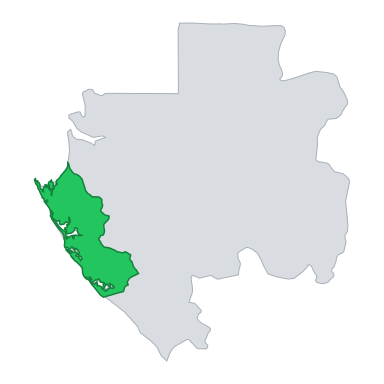 Gabon, with Ogooué-Maritime highlighted
{"feature_id": "GAB-2624", "entity_name": "Ogooué-Maritime", "entity_type": "Province", "adm_level": 1, "iso_a3": "GAB", "parent_name": "Gabon", "parent_adm1": "", "projection": "albers", "projection_center": [9.53, -1.509], "detail": "fine", "context": "in_parent", "style": "filled", "palette": "green", "viewbox_px": 384, "rotation_deg": 0, "n_neighbors": 0, "source": "natural_earth", "source_scale": "10m", "svg_char_len": 8911}
<svg xmlns="http://www.w3.org/2000/svg" viewBox="0 0 384 384"><path d="M285.3,30.9L285.1,34.7L280.7,44.0L278.7,51.1L278.1,58.7L279.3,64.9L281.4,69.2L282.7,74.0L281.6,77.3L279.6,78.7L281.0,80.4L284.1,80.8L289.5,79.4L297.7,76.9L308.5,73.2L315.6,71.3L327.4,72.6L333.6,74.0L336.8,76.6L340.2,87.6L341.9,89.2L344.7,93.9L347.1,99.5L347.6,102.3L347.3,104.4L344.9,107.4L342.2,111.8L341.2,114.5L339.0,116.5L336.1,118.5L328.3,119.2L327.1,120.4L324.9,125.1L320.8,129.1L318.9,132.9L317.2,138.0L317.5,144.2L316.6,153.3L315.8,159.4L317.8,161.5L327.2,163.1L329.0,164.3L331.4,168.1L334.6,171.6L343.2,173.9L346.5,176.6L349.1,179.6L349.5,182.1L347.5,191.9L345.6,201.3L346.3,208.5L347.0,215.3L347.9,225.3L347.5,231.4L345.0,235.1L345.0,238.0L346.1,241.5L343.9,251.2L342.5,252.9L338.7,254.6L336.7,257.2L336.0,261.3L334.0,266.9L331.8,269.0L331.8,271.6L333.8,273.5L333.8,276.4L330.0,279.9L327.7,282.5L322.6,283.8L316.8,282.4L315.4,280.5L316.8,277.5L316.3,275.1L314.3,272.5L311.3,266.0L308.5,264.6L307.0,267.3L302.2,272.2L293.9,278.5L288.0,279.0L277.2,277.0L268.2,274.0L263.9,266.5L261.3,260.3L257.4,253.2L253.1,249.8L248.5,247.6L246.4,247.4L239.8,251.4L237.8,253.0L237.8,256.3L238.4,259.4L239.4,260.9L240.3,262.9L240.1,266.1L238.9,270.2L238.5,274.8L217.7,279.2L214.1,277.6L211.5,275.5L208.4,275.9L199.4,278.2L196.1,276.6L192.8,275.4L191.3,276.4L191.1,278.3L192.6,289.1L192.2,293.2L190.1,298.6L189.1,302.3L194.6,303.3L196.5,305.0L198.5,307.7L201.1,310.2L201.3,311.8L198.3,314.6L197.2,318.1L198.7,320.8L202.4,323.6L207.9,326.6L210.5,328.5L210.3,330.3L207.7,334.0L206.7,337.2L205.0,340.1L205.4,342.7L207.8,345.2L207.5,347.4L205.9,349.1L202.5,348.7L199.6,348.9L197.0,348.3L188.9,339.7L187.2,339.4L175.4,346.0L172.5,348.7L170.1,352.6L166.8,361.0L161.5,356.1L156.9,347.1L151.6,341.6L140.3,332.7L137.3,326.2L124.4,311.8L105.8,297.4L92.4,284.9L90.4,282.1L92.7,282.4L105.6,288.7L107.4,288.0L108.9,286.6L103.3,283.3L97.9,280.7L92.9,279.1L87.9,279.3L85.1,276.6L83.3,272.6L82.3,269.2L80.1,265.6L73.0,258.1L71.3,255.3L67.4,251.4L69.8,250.9L77.4,254.6L78.1,253.1L77.4,250.9L69.7,247.4L65.6,247.1L64.6,244.6L65.2,241.8L59.7,231.0L54.0,222.9L53.1,219.1L68.5,236.6L70.5,236.9L73.2,236.8L79.6,234.8L78.4,232.4L75.5,229.9L72.7,231.1L69.1,231.3L67.2,230.3L66.4,228.5L70.0,219.9L68.4,220.4L67.3,221.9L65.3,222.6L62.2,223.0L54.6,218.5L47.9,206.1L46.2,203.6L44.4,199.3L42.6,197.6L34.9,180.0L37.9,181.3L41.4,186.4L48.2,185.3L50.8,182.4L53.2,182.5L55.5,181.8L58.5,179.1L67.2,167.0L69.6,151.1L68.8,141.6L67.5,132.2L70.4,129.2L71.6,131.2L72.1,134.5L73.5,137.0L76.6,139.2L82.4,139.8L91.3,143.3L94.5,145.5L95.4,141.1L105.6,137.3L102.5,135.9L93.4,137.4L80.9,131.8L76.7,128.2L72.8,121.4L68.8,117.9L69.1,114.7L78.1,111.8L80.4,112.1L81.4,115.6L83.8,117.0L84.7,116.6L85.1,113.6L85.2,105.5L82.4,94.0L83.3,91.8L85.7,91.0L87.9,89.5L89.5,89.2L92.5,89.5L94.1,92.2L94.9,93.6L98.0,94.3L100.5,95.7L102.7,95.4L104.5,93.7L107.1,93.4L115.3,93.4L122.8,93.4L137.6,93.5L152.4,93.5L167.2,93.6L178.4,93.7L178.4,87.1L178.3,77.0L178.3,65.0L178.2,53.5L178.2,42.9L178.1,30.3L178.7,26.7L179.5,25.2L179.2,23.2L190.7,23.0L211.5,24.0L220.6,23.9L223.1,24.1L234.5,23.5L243.7,24.3L247.6,25.2L251.1,25.6L262.1,26.2L276.5,25.6L281.4,25.7L284.1,27.5L285.3,30.9Z" fill="#d9dde1" stroke="#a8b0b8" stroke-width="1"/><path d="M103.4,297.2L100.2,294.8L90.6,282.8L89.4,280.7L90.4,281.5L91.9,283.1L93.1,283.8L94.4,283.9L95.1,283.4L96.8,281.5L96.3,283.5L96.4,284.1L96.9,283.9L97.2,283.4L97.4,285.4L97.8,286.0L98.7,285.6L101.0,286.6L101.8,287.8L102.0,289.0L102.4,289.0L102.7,288.2L103.5,288.6L103.6,288.3L103.9,288.2L104.1,290.2L104.3,290.8L105.1,290.2L106.1,290.1L105.9,290.9L106.1,291.1L107.2,290.4L107.6,290.0L108.4,288.6L109.2,288.3L110.4,288.1L112.1,288.2L113.5,288.1L114.0,287.8L114.3,287.1L112.9,286.4L113.0,285.3L110.6,284.3L109.9,283.4L109.5,283.4L110.6,287.1L109.8,287.0L109.2,286.2L108.5,285.8L107.9,284.7L106.0,284.1L105.8,284.3L105.8,285.2L105.1,286.1L104.6,287.1L103.2,286.4L103.4,285.8L103.1,284.7L103.2,284.1L103.7,283.9L104.9,283.8L105.0,283.4L104.4,282.9L103.0,282.4L101.5,282.1L100.6,282.2L99.2,279.3L98.7,278.9L98.4,278.9L98.3,279.5L97.2,280.0L95.8,279.7L94.5,280.7L93.3,281.9L92.0,282.2L91.0,281.4L90.6,280.8L90.5,280.2L91.8,279.1L91.3,278.8L90.5,278.5L90.5,277.3L90.2,277.0L89.7,277.0L89.1,277.2L89.0,277.6L89.7,278.8L89.9,279.7L89.4,280.3L88.5,280.0L86.3,277.3L85.3,276.6L87.5,279.6L86.3,278.8L84.8,277.4L83.6,275.8L82.6,272.9L82.3,267.9L81.9,267.1L76.5,261.8L75.0,261.0L73.4,259.0L72.6,258.4L73.0,257.6L71.8,257.3L71.1,256.4L70.4,254.3L68.1,252.1L67.8,251.5L67.0,251.0L66.5,250.2L65.9,249.9L66.0,249.4L66.4,249.1L66.6,249.3L67.1,250.3L68.0,251.0L69.3,251.4L70.4,251.3L70.0,251.7L70.7,252.0L71.1,251.7L71.5,250.6L71.8,250.6L72.2,251.7L71.7,252.0L71.5,252.6L71.7,252.9L72.3,252.3L72.2,252.1L75.0,252.1L76.5,252.4L77.3,253.3L77.2,254.4L76.0,255.4L77.0,256.4L78.8,256.7L79.0,258.4L80.1,259.1L80.7,260.5L81.0,259.8L81.9,259.3L81.8,258.4L81.4,257.3L81.0,256.5L80.4,256.5L79.9,255.8L78.5,254.9L78.2,254.3L78.9,253.4L79.4,253.0L79.3,252.6L77.5,249.6L76.5,248.6L76.0,249.1L74.8,248.3L74.6,249.4L74.8,250.6L73.8,249.7L72.4,247.2L71.5,246.8L71.1,247.2L70.6,248.7L70.0,248.9L69.7,249.3L69.6,250.6L68.8,249.9L67.8,249.8L68.4,248.7L68.3,248.1L67.0,247.2L65.8,248.0L65.0,247.7L64.6,246.6L64.4,245.0L64.7,242.9L64.7,240.7L64.0,238.3L64.0,236.0L63.1,233.8L61.9,232.1L58.8,229.0L52.0,219.4L50.5,215.9L50.2,214.8L50.9,216.3L51.5,217.9L52.2,218.8L53.2,220.0L54.1,219.9L54.9,220.3L55.6,220.9L56.2,222.7L57.4,224.0L57.7,225.0L59.8,227.7L63.5,230.6L65.5,231.4L66.0,238.1L66.4,239.0L67.0,238.7L67.2,238.1L66.7,237.4L66.8,237.0L67.3,236.8L67.7,237.0L68.1,237.9L68.9,237.0L70.2,236.2L71.7,235.8L73.0,235.7L72.7,236.5L72.6,237.4L72.9,238.2L73.7,238.7L74.1,236.8L74.1,235.9L73.7,235.3L75.4,235.1L79.9,235.7L81.6,235.3L79.3,234.4L78.5,233.8L77.8,232.7L77.3,230.7L77.2,229.5L77.5,228.6L76.0,227.8L75.0,227.8L74.6,228.0L74.8,229.1L74.8,229.7L73.0,232.0L71.7,232.9L70.3,233.3L67.4,233.7L67.0,233.4L66.7,233.0L66.6,232.2L66.3,231.4L66.3,229.9L66.0,229.6L64.7,229.3L64.6,228.5L65.1,227.9L65.9,227.6L66.8,227.5L67.3,227.1L67.4,226.4L67.2,225.6L66.6,225.2L66.6,224.9L68.9,224.5L69.3,223.9L69.5,222.9L70.4,221.3L70.2,220.4L69.2,218.5L69.6,217.9L69.4,217.7L68.9,217.4L68.8,218.5L69.2,221.3L69.1,221.9L68.7,222.4L68.1,222.8L67.6,223.0L67.1,222.8L66.6,222.1L66.3,221.9L65.4,222.2L64.4,223.7L63.8,224.1L61.2,224.6L60.3,224.5L59.7,223.7L59.5,222.6L59.8,221.1L59.1,220.3L58.0,220.9L57.6,221.2L56.9,221.1L54.2,219.2L52.8,218.5L52.3,217.6L52.1,216.5L52.5,215.5L52.1,214.8L53.2,214.0L52.9,212.8L52.0,211.5L51.0,210.7L51.6,212.3L51.1,214.3L50.8,214.2L50.2,210.3L49.3,207.9L43.9,201.0L45.3,202.3L46.1,202.7L46.9,202.5L46.1,202.1L46.9,200.8L47.6,200.3L47.0,200.0L45.4,201.1L44.4,200.8L43.3,197.7L42.8,198.0L42.4,198.0L41.6,195.4L40.8,194.0L39.4,190.8L38.2,188.8L37.5,185.9L35.8,183.8L34.5,179.8L35.3,178.6L35.7,179.0L35.2,180.1L35.8,180.6L37.5,180.9L37.2,181.7L37.5,182.4L38.7,182.3L39.5,183.6L40.0,185.5L40.2,187.8L40.5,188.6L41.1,189.2L41.8,189.5L42.3,189.8L42.6,191.4L43.5,191.7L43.0,190.7L43.1,189.8L43.8,187.0L44.5,186.9L46.5,187.2L46.5,186.8L45.4,186.2L45.0,185.6L45.0,184.9L45.4,184.6L45.9,184.6L47.2,185.3L47.8,186.0L48.2,186.9L48.8,188.9L50.7,190.7L51.4,191.7L51.4,192.8L51.0,194.7L51.4,195.4L51.7,195.4L52.0,194.4L52.1,191.1L52.4,190.1L53.7,188.7L54.0,187.8L53.9,186.5L54.7,185.9L55.8,185.4L56.0,184.8L56.0,183.8L56.6,183.5L57.3,184.9L57.2,183.7L56.1,181.9L56.6,180.5L59.8,177.6L60.8,175.7L65.7,170.3L67.0,168.2L67.8,165.9L67.8,162.7L68.5,163.4L69.7,167.9L70.2,169.0L73.0,172.8L73.8,173.6L74.5,174.0L76.1,174.2L77.9,175.1L79.6,176.3L82.1,179.3L85.7,190.7L87.9,193.6L89.1,194.2L90.5,195.1L91.1,195.7L91.4,196.3L91.8,196.7L92.9,196.9L94.4,196.8L98.8,197.0L99.5,197.4L101.4,198.9L102.0,200.3L101.6,202.2L102.5,204.6L102.6,205.7L102.1,207.4L100.7,210.0L100.6,211.0L104.5,214.7L105.0,215.0L105.7,215.3L108.3,215.7L109.1,216.1L108.9,218.3L108.1,219.9L104.3,223.6L103.8,224.8L103.8,226.9L104.5,230.5L104.1,233.1L103.6,234.2L103.2,234.9L102.7,235.2L101.1,235.4L100.6,235.8L100.0,236.4L99.9,237.5L98.6,238.9L98.7,239.4L99.4,240.2L100.5,241.8L101.4,244.0L103.3,246.2L104.3,247.1L104.8,247.3L108.2,247.6L110.9,248.5L112.6,249.4L114.3,249.9L117.3,251.9L118.4,251.9L122.2,252.8L122.8,252.8L123.9,252.4L124.9,251.8L125.4,251.8L127.7,253.0L128.8,254.0L129.9,254.3L130.5,254.7L130.7,255.3L130.6,255.8L129.9,257.6L129.8,258.2L130.0,259.6L130.8,260.7L131.9,261.6L133.4,266.4L134.9,268.6L136.3,270.0L138.5,273.5L130.7,277.4L128.9,279.0L128.3,280.3L127.3,281.9L127.2,282.5L127.3,283.0L128.1,284.2L128.1,285.0L127.8,285.2L126.5,285.6L125.5,286.2L125.0,286.8L124.4,288.0L123.9,290.3L123.2,291.7L122.7,291.9L121.6,291.9L103.4,297.2ZM51.0,182.0L52.9,182.4L53.4,184.3L53.2,186.6L53.2,188.3L51.5,189.3L50.7,189.3L49.9,188.7L49.4,188.0L49.5,185.7L49.3,185.3L48.5,184.5L48.4,183.9L48.5,182.8L49.1,182.0L49.7,181.4L50.9,180.7L51.4,180.1L51.6,180.7L51.7,181.1L51.4,181.4L51.0,181.6L51.0,182.0Z" fill="#22c55e" stroke="#15803d" stroke-width="1.5"/></svg>